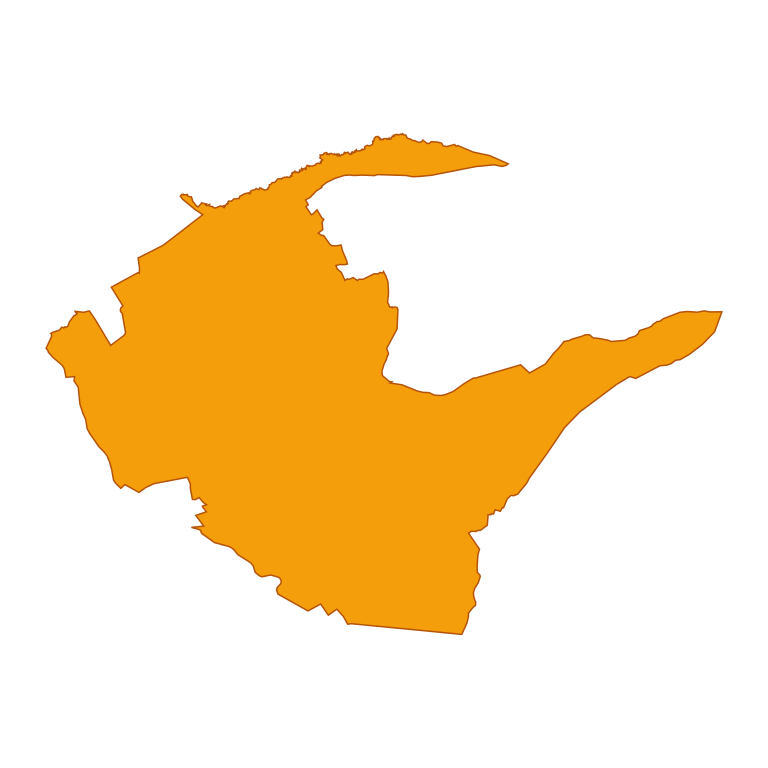 Draganesti, Bihor, Romania (Equal Earth projection)
{"feature_id": "2599482B33118901585448", "entity_name": "Draganesti", "entity_type": "district", "adm_level": 2, "iso_a3": "ROU", "parent_name": "Romania", "parent_adm1": "Bihor", "projection": "equal_earth", "projection_center": [22.416, 46.641], "detail": "fine", "context": "isolated", "style": "filled", "palette": "amber", "viewbox_px": 768, "rotation_deg": 0, "n_neighbors": 0, "source": "geoboundaries", "source_scale": "gbopen_adm2", "svg_char_len": 6095}
<svg xmlns="http://www.w3.org/2000/svg" viewBox="0 0 768 768"><path d="M461.8,634.4L467.0,622.9L468.4,616.7L468.5,613.1L473.1,607.3L475.5,605.4L475.7,601.9L475.2,601.4L473.7,596.5L473.4,592.7L474.8,588.1L478.3,582.7L480.2,576.6L480.0,575.3L477.3,572.2L477.1,567.0L477.9,554.8L479.5,549.2L468.5,533.1L471.4,531.2L476.2,531.5L476.6,530.7L480.5,530.3L487.3,525.2L488.1,514.7L491.0,514.7L491.3,513.6L493.5,514.0L495.2,509.7L500.2,511.3L502.4,507.6L503.5,507.8L507.3,498.8L511.0,495.4L513.9,495.7L517.7,494.1L526.4,483.6L529.5,477.9L548.3,451.6L564.4,427.8L579.8,411.9L616.6,384.4L629.7,376.5L635.8,378.4L659.8,365.8L666.9,365.1L671.4,363.5L675.3,360.4L680.2,359.6L689.3,354.4L702.4,344.4L714.6,331.8L721.9,311.8L709.7,311.9L704.2,310.9L697.2,312.2L687.1,311.5L679.9,312.3L663.2,318.8L660.0,321.2L657.1,321.6L652.6,324.6L652.2,325.9L648.8,327.6L639.5,330.6L638.0,333.9L635.1,336.2L629.0,338.1L625.3,340.3L611.4,341.5L607.5,340.1L596.9,338.1L593.4,338.1L589.5,334.8L585.0,334.8L582.4,336.1L572.0,339.1L568.8,340.7L564.1,341.4L558.4,348.5L553.3,353.7L545.4,364.0L529.5,373.0L520.6,364.8L475.6,378.0L473.5,378.0L464.3,383.5L453.3,391.4L444.9,394.8L441.0,395.5L434.7,395.2L428.9,392.6L423.2,392.4L417.3,391.0L402.0,384.8L390.2,383.0L391.9,381.9L389.2,381.4L382.4,375.6L381.9,371.4L384.2,363.7L386.7,358.9L386.7,357.8L388.5,353.8L386.7,348.3L397.1,328.9L397.9,309.3L397.1,307.5L394.4,307.0L392.5,307.7L392.1,306.9L389.8,307.3L388.2,303.3L387.5,302.8L388.5,293.5L388.4,290.3L387.9,281.8L386.0,276.3L383.5,271.5L382.8,272.7L381.9,273.0L380.0,272.4L378.2,273.8L373.9,273.9L363.2,279.2L358.9,279.3L357.4,280.5L353.2,277.6L349.0,279.4L347.2,278.8L345.0,280.5L341.4,272.5L337.4,269.1L335.9,265.5L339.9,264.5L344.2,264.7L347.4,264.0L346.6,260.4L342.7,251.4L341.0,245.0L336.2,245.9L331.6,245.6L329.6,244.0L324.2,236.2L323.0,235.3L321.7,235.5L318.2,233.1L322.8,229.6L322.1,222.2L323.8,219.4L322.0,218.1L317.0,209.8L313.4,213.6L311.4,214.8L305.8,206.6L308.3,204.8L305.5,199.9L310.0,197.5L316.6,190.7L321.7,187.6L322.0,187.0L321.5,186.3L326.7,182.4L334.8,178.4L344.4,175.4L350.1,175.0L353.5,175.5L362.6,175.1L374.6,175.6L377.2,174.6L406.3,175.5L412.4,176.7L418.8,176.5L431.4,175.3L475.7,166.6L494.0,164.8L501.8,166.4L506.0,165.5L508.2,163.8L489.7,155.6L473.3,152.1L457.6,145.5L456.2,146.3L454.6,144.5L446.7,146.5L443.2,146.0L441.6,143.2L437.8,142.1L431.1,141.7L429.7,143.3L427.1,143.4L422.8,140.1L421.5,141.8L418.7,142.4L414.5,140.5L412.6,140.6L410.6,139.1L407.3,138.2L405.7,135.0L403.7,134.9L402.7,133.6L401.5,134.7L400.8,134.1L398.2,135.0L397.0,134.3L393.6,135.3L394.0,136.3L392.4,136.2L392.4,136.9L391.1,137.6L390.9,139.1L390.2,139.2L389.2,139.2L389.1,138.2L387.9,139.3L387.2,139.2L387.5,138.6L383.9,138.6L383.3,138.9L383.3,139.6L380.2,139.8L379.4,138.5L380.5,138.6L377.9,136.4L375.6,136.9L374.0,138.7L374.3,139.6L373.6,141.3L372.8,141.1L372.8,143.6L372.3,144.6L369.3,146.0L367.6,145.3L366.4,145.7L364.6,147.0L365.1,148.7L363.5,149.7L362.7,149.1L361.7,149.5L361.8,150.2L359.1,151.0L356.4,150.8L356.3,149.8L354.7,151.0L355.8,151.6L354.8,152.5L352.7,152.8L352.7,151.9L352.0,151.9L351.2,153.1L351.8,153.2L351.7,154.2L349.9,154.5L347.9,152.2L345.3,153.1L345.5,152.5L344.9,152.3L344.3,152.4L344.1,153.4L343.0,154.8L341.5,154.5L340.4,155.9L338.7,155.8L339.4,155.4L339.3,154.3L338.8,154.0L337.2,154.1L337.6,154.8L337.3,155.4L334.5,153.9L334.0,154.6L331.2,153.4L329.2,153.8L329.4,154.5L326.9,154.4L327.4,153.3L326.2,152.5L324.2,153.2L322.9,154.9L320.1,155.0L320.4,156.8L319.8,157.8L322.7,160.0L320.4,161.6L320.4,162.1L321.2,161.9L321.2,162.9L319.8,163.6L318.0,163.2L316.0,163.9L315.8,164.8L311.9,166.2L308.5,165.6L308.6,166.3L307.1,165.4L305.7,167.8L306.3,169.1L305.8,169.5L304.3,168.3L303.5,169.3L301.6,168.2L301.2,169.2L302.5,169.6L302.4,170.4L300.6,171.0L299.6,170.3L299.5,172.0L298.8,172.6L297.8,172.1L297.2,172.6L295.0,171.2L294.9,172.5L293.4,172.2L292.1,172.8L291.8,173.3L292.5,173.8L291.4,175.1L291.8,176.1L290.5,175.9L289.9,177.5L286.7,176.9L286.2,177.5L284.5,177.2L282.4,178.1L281.4,179.2L280.6,178.6L277.6,179.0L275.1,182.2L272.0,182.7L271.6,183.8L269.4,184.8L269.1,187.1L267.8,188.3L267.9,189.2L264.6,190.1L262.6,189.0L261.7,189.1L261.1,188.1L259.8,187.9L258.7,189.7L256.1,188.5L255.3,189.6L251.2,190.6L250.2,191.8L250.7,192.9L249.9,193.7L249.2,193.8L248.7,192.8L244.5,193.8L239.6,196.5L239.3,198.4L233.8,199.0L231.4,201.2L228.7,201.1L227.8,202.3L228.2,203.6L227.6,204.1L226.7,203.8L225.8,205.2L224.2,205.6L225.0,206.6L224.2,207.7L223.2,207.2L222.9,206.2L221.6,206.4L220.7,205.8L215.5,208.0L213.7,207.7L212.9,206.8L209.3,206.0L209.6,204.5L206.7,205.7L205.8,205.1L205.7,204.1L206.7,204.2L206.7,203.8L204.9,203.9L201.9,202.8L198.1,207.0L196.4,205.8L192.8,201.4L191.4,196.8L190.5,197.1L187.7,195.9L187.0,195.4L187.3,194.5L183.6,194.9L183.4,194.3L181.6,194.5L180.3,196.2L182.6,199.2L195.1,209.6L202.8,214.7L163.3,245.2L138.1,258.0L139.5,268.1L139.3,273.2L138.1,272.6L111.3,287.2L122.9,305.9L120.8,308.0L120.3,310.3L120.6,311.6L122.2,313.3L125.5,332.2L125.1,334.0L123.8,335.6L110.7,345.4L95.2,319.5L89.3,310.9L83.7,312.3L75.1,311.3L75.7,312.5L77.1,313.2L76.9,313.8L75.1,315.4L74.2,315.4L73.3,316.6L69.3,322.0L67.8,326.3L66.0,327.3L64.7,326.9L63.7,328.0L61.8,327.1L59.4,330.2L52.5,332.4L50.8,333.5L51.4,334.0L51.7,336.2L46.1,348.3L47.8,350.3L48.4,352.3L53.0,357.4L62.4,365.5L64.3,368.8L66.0,377.3L74.6,376.6L74.0,380.9L78.2,387.0L79.9,404.1L82.8,413.0L85.7,419.6L87.2,428.7L89.7,433.5L98.8,446.6L104.4,452.3L107.2,456.1L109.7,462.3L111.8,470.2L113.5,479.9L115.1,482.6L120.8,488.3L124.9,484.6L138.9,492.4L146.1,487.3L154.1,483.6L187.4,477.3L190.4,484.0L190.3,488.2L192.4,499.4L195.4,499.6L199.2,497.6L203.1,502.3L206.5,504.8L202.5,506.0L202.3,506.5L206.4,511.8L195.8,515.4L203.8,526.1L191.4,527.4L198.6,529.3L200.6,530.4L201.3,532.8L202.2,533.8L214.5,542.6L228.9,546.5L231.5,547.8L234.2,550.0L238.0,554.8L250.9,562.9L253.3,566.1L255.2,572.3L259.0,575.6L261.9,576.8L270.6,575.0L277.9,577.0L279.9,578.2L281.3,581.1L280.7,583.7L277.1,587.7L276.6,590.2L278.1,594.2L308.0,610.9L320.7,604.0L328.3,615.2L336.8,609.2L343.4,616.5L347.7,624.2L351.2,623.7L461.8,634.4Z" fill="#f59e0b" stroke="#b45309" stroke-width="1.5"/></svg>